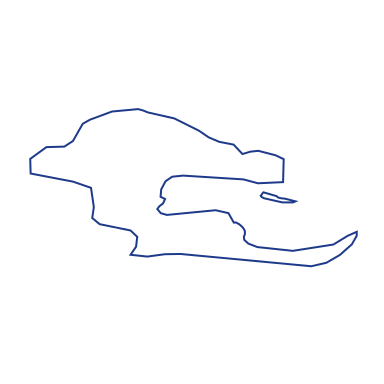 the border of City of St. Petersburg, rotated 171°
{"feature_id": "RUS-2337", "entity_name": "City of St. Petersburg", "entity_type": "Federal City", "adm_level": 1, "iso_a3": "RUS", "parent_name": "Russia", "parent_adm1": "", "projection": "equal_earth", "projection_center": [30.014, 59.935], "detail": "fine", "context": "isolated", "style": "outline", "palette": "blue", "viewbox_px": 384, "rotation_deg": 171, "n_neighbors": 0, "source": "natural_earth", "source_scale": "10m", "svg_char_len": 1164}
<svg xmlns="http://www.w3.org/2000/svg" viewBox="0 0 384 384"><g transform="rotate(171 192 192)"><path d="M100.5,187.5L125.5,190.3L139.2,196.4L198.3,209.6L209.2,210.2L216.4,206.8L222.0,199.4L223.8,192.2L219.7,189.3L222.4,185.2L226.5,183.0L228.9,180.6L226.2,176.0L220.4,173.3L171.5,170.3L159.3,165.4L155.5,155.2L153.5,155.1L150.4,152.8L147.5,149.3L145.9,145.6L146.3,142.2L147.8,139.6L147.9,136.6L144.4,132.2L136.1,127.4L101.6,118.1L60.6,118.0L45.0,124.4L35.5,126.9L36.2,122.9L42.3,115.3L55.8,106.7L70.3,101.1L85.8,100.0L213.1,132.6L228.5,134.8L246.2,135.2L262.5,139.6L255.8,146.7L253.1,156.3L258.7,163.6L288.3,174.7L294.6,181.9L291.3,192.5L291.1,211.9L308.0,220.9L348.5,235.5L346.6,250.0L328.8,259.1L311.0,256.8L301.6,261.0L289.2,276.5L281.4,279.4L258.4,284.0L232.2,282.3L227.4,280.1L223.1,277.5L197.9,267.4L175.5,251.4L167.0,243.4L157.3,237.3L143.5,232.3L136.2,221.6L128.1,222.7L120.1,222.3L103.7,215.2L96.3,210.1L100.5,187.5ZM122.6,175.1L124.2,176.4L124.7,177.6L123.8,178.2L122.8,179.5L121.5,180.5L109.1,174.7L108.0,173.2L105.1,171.9L101.0,170.8L91.3,166.6L93.9,165.9L104.4,167.6L121.7,174.5L122.6,175.1Z" fill="none" stroke="#1e3a8a" stroke-width="2"/></g></svg>